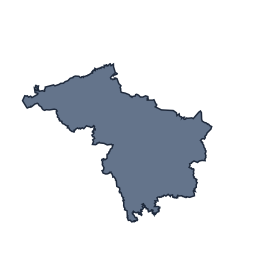 the district of Jilotlán de los Dolores, Jalisco, Mexico, rotated 226°
{"feature_id": "50627088B52890946668880", "entity_name": "Jilotlán de los Dolores", "entity_type": "district", "adm_level": 2, "iso_a3": "MEX", "parent_name": "Mexico", "parent_adm1": "Jalisco", "projection": "orthographic", "projection_center": [-102.935, 19.317], "detail": "fine", "context": "isolated", "style": "filled", "palette": "slate", "viewbox_px": 256, "rotation_deg": 226, "n_neighbors": 0, "source": "geoboundaries", "source_scale": "gbopen_adm2", "svg_char_len": 5686}
<svg xmlns="http://www.w3.org/2000/svg" viewBox="0 0 256 256"><g transform="rotate(226 128 128)"><path d="M64.8,66.0L63.7,65.6L64.0,65.2L61.3,64.1L60.1,65.5L57.8,65.5L57.0,67.1L57.6,67.6L56.3,67.3L56.1,68.2L56.6,68.4L56.1,68.9L55.7,68.2L55.9,69.8L55.1,70.4L55.3,71.1L57.6,72.1L58.2,71.1L58.9,71.0L61.1,71.7L63.0,71.6L63.5,71.9L63.1,72.1L63.4,72.9L64.2,73.4L64.4,74.0L62.2,74.4L61.1,75.3L60.4,76.9L59.7,76.9L59.8,76.4L58.7,75.9L56.9,77.0L55.1,77.0L56.4,77.1L56.4,77.9L57.1,77.7L57.6,78.3L59.0,77.7L58.4,80.1L59.9,79.9L60.3,80.8L59.3,81.7L59.7,83.6L61.5,83.7L61.6,85.2L62.3,85.6L63.2,85.3L62.8,86.5L60.7,85.8L60.5,86.2L59.9,86.1L59.8,85.1L59.1,85.0L57.9,85.7L57.2,85.0L56.2,86.1L54.5,85.1L53.9,85.3L53.9,84.7L53.5,84.5L52.4,87.0L52.8,88.0L51.7,88.8L51.2,88.6L51.0,87.4L50.1,87.3L50.1,86.5L49.6,86.3L49.2,86.7L47.6,86.5L48.7,87.4L48.2,88.2L47.3,87.4L46.9,87.6L47.3,90.3L46.5,92.2L47.2,93.1L47.4,92.6L48.7,93.3L48.4,95.4L49.0,95.8L49.4,95.3L50.5,95.2L53.1,92.5L53.6,94.5L55.4,94.8L54.9,96.3L56.8,96.8L54.7,98.9L57.7,100.5L57.4,101.7L56.7,102.7L56.2,102.6L56.0,103.3L55.3,103.6L55.0,104.5L55.3,105.0L54.4,105.8L54.8,106.7L54.4,107.4L52.7,108.0L52.4,110.8L49.4,111.0L49.9,112.0L48.9,113.5L47.2,112.2L46.5,112.5L46.4,113.1L45.6,112.9L44.7,114.1L44.1,114.0L43.4,115.3L44.7,115.8L44.9,117.1L44.0,117.0L41.9,119.7L41.0,119.6L39.9,120.6L39.2,120.5L38.2,121.6L37.8,121.4L37.5,121.8L37.8,122.5L35.3,124.2L33.1,128.7L34.7,130.0L37.3,131.2L37.4,131.5L35.7,132.3L38.1,133.1L37.6,133.9L38.2,134.5L37.9,135.9L39.8,137.6L40.7,139.9L41.6,139.7L43.2,140.8L42.8,141.1L43.1,141.7L46.5,140.8L46.8,141.7L47.9,141.7L49.1,142.5L49.5,143.7L51.1,144.6L51.6,145.8L52.5,146.1L52.6,146.7L53.4,146.6L54.1,145.5L54.7,145.4L55.2,145.8L55.5,145.3L57.2,144.6L57.8,146.5L59.4,147.5L58.6,149.2L58.9,149.9L58.4,152.5L54.9,154.1L54.7,156.4L53.2,158.8L50.9,160.8L52.2,161.7L52.8,163.7L53.8,164.2L53.9,164.8L56.3,165.9L56.3,166.7L57.3,168.2L58.5,168.2L59.6,169.1L61.2,169.2L63.1,170.5L65.1,170.8L65.5,171.5L66.4,171.6L66.8,171.1L67.3,171.6L68.7,171.5L68.7,173.9L67.9,174.9L67.0,175.2L67.3,176.8L68.6,177.5L68.6,179.6L69.5,181.4L69.6,186.8L70.9,189.2L72.8,188.5L74.7,188.6L75.7,188.2L75.6,187.9L77.7,187.7L78.6,186.9L81.4,186.2L83.1,187.0L88.1,191.5L89.9,191.9L90.2,189.9L89.4,181.4L90.9,181.0L93.5,177.7L94.5,177.1L94.9,176.5L94.4,175.9L94.6,175.1L95.3,174.4L96.0,174.6L96.7,175.9L97.7,174.2L97.7,173.6L98.0,174.1L99.1,174.1L99.6,173.6L100.8,173.4L102.6,174.6L102.9,171.8L105.3,173.4L109.1,172.7L117.8,164.6L124.3,162.3L124.3,164.1L125.1,165.0L125.9,164.7L130.3,166.3L130.9,165.1L134.7,161.2L135.8,162.3L135.1,162.8L136.8,164.1L138.9,163.0L140.0,160.1L141.7,158.4L144.3,158.4L146.2,157.7L146.7,156.7L146.0,155.5L147.5,153.1L147.3,152.2L148.7,152.3L148.9,151.7L151.3,151.9L155.0,150.2L158.4,147.9L160.6,149.1L161.0,149.9L162.5,150.3L163.3,152.3L166.3,152.2L171.0,154.3L171.6,154.3L172.1,153.5L172.7,153.5L172.3,152.6L172.5,152.2L173.2,152.4L172.9,151.8L173.3,150.7L174.2,150.7L175.2,149.8L175.9,150.1L176.5,150.5L176.6,153.8L176.3,153.4L175.7,153.6L176.0,154.3L175.4,155.3L175.8,155.7L175.2,155.7L174.4,157.4L174.7,158.0L176.8,157.4L182.1,160.1L184.1,161.9L184.6,159.1L186.5,159.8L186.8,159.1L186.7,156.7L187.1,156.3L188.3,156.6L188.6,156.2L188.1,155.4L189.6,154.4L188.1,152.8L189.7,152.0L190.3,151.0L189.8,150.0L190.7,149.7L190.6,148.7L191.6,148.0L191.5,146.6L193.8,145.6L192.3,144.5L193.2,144.3L192.9,143.8L193.6,143.3L193.6,142.3L192.9,141.9L193.4,141.0L192.3,140.5L193.0,139.7L193.4,136.6L193.9,136.3L193.8,135.1L194.5,134.4L194.9,132.9L195.9,132.0L195.5,131.2L196.3,131.2L197.0,130.2L196.7,129.6L197.5,128.7L199.3,128.6L202.0,126.1L202.8,124.1L202.4,123.5L203.9,121.0L203.8,117.5L205.0,115.0L205.1,112.6L207.0,110.4L207.1,109.0L209.1,104.7L210.7,104.4L214.9,96.9L214.0,96.1L213.6,94.5L212.5,93.9L212.5,93.3L214.3,92.4L216.1,89.6L218.9,90.8L220.4,92.8L221.2,91.7L222.6,91.4L222.5,90.6L221.7,89.6L219.9,90.2L217.8,89.1L218.2,88.2L221.4,88.2L218.0,85.8L215.5,87.2L215.0,86.3L216.6,80.0L218.5,80.1L219.2,78.0L221.2,77.9L221.6,77.0L222.9,76.2L220.9,71.1L212.7,69.3L212.1,69.7L211.9,71.0L210.9,72.1L211.0,72.9L210.6,72.7L210.3,73.2L209.9,77.7L208.8,79.9L208.1,80.2L205.9,79.7L203.1,80.3L201.7,79.7L199.9,79.7L198.5,80.4L198.1,81.8L195.6,84.0L192.8,88.0L191.0,89.1L189.4,88.8L189.6,87.8L188.0,86.6L185.8,86.2L185.0,84.9L182.6,85.1L182.0,84.2L181.3,84.5L180.7,83.8L178.7,85.0L177.9,84.2L176.4,84.1L175.1,84.8L172.3,85.3L171.1,86.2L170.2,84.5L169.2,85.4L167.0,84.8L164.3,85.3L163.7,86.0L162.6,86.3L162.6,86.8L163.8,87.7L163.2,88.8L163.5,89.4L163.1,91.7L161.6,92.1L161.4,93.3L160.4,93.1L159.9,95.3L158.2,95.7L158.4,99.7L156.6,100.5L155.7,101.4L154.4,101.5L153.5,102.7L153.5,105.0L152.4,105.0L151.5,103.4L150.2,103.8L149.5,103.2L150.6,102.4L150.2,101.4L150.3,100.3L149.9,99.6L149.4,99.8L149.3,100.5L148.8,99.8L148.0,99.9L147.7,97.9L148.0,97.1L146.2,96.6L145.4,97.3L143.7,96.8L144.0,94.4L142.4,94.0L140.9,91.0L138.5,93.1L138.1,94.4L138.6,95.3L137.8,96.2L137.7,97.3L136.8,97.4L133.6,100.1L130.3,101.3L127.8,104.7L127.4,104.5L126.3,105.5L124.6,102.3L125.0,100.8L123.8,98.3L124.0,97.4L123.3,97.0L123.1,95.9L123.6,94.6L120.8,91.9L121.0,89.8L121.7,89.5L121.8,88.5L122.8,89.1L123.5,87.4L123.0,86.6L121.6,86.4L120.4,85.0L119.9,85.0L119.5,84.0L116.2,83.2L114.9,81.4L115.0,80.8L114.7,80.5L115.3,79.7L112.9,78.8L110.4,80.0L109.2,81.5L108.6,83.2L108.9,84.0L108.1,85.0L107.7,84.5L106.5,84.7L104.2,83.8L103.2,83.0L102.7,84.0L100.0,83.6L99.1,82.8L98.3,83.0L93.8,79.4L90.8,80.3L89.5,79.4L88.3,77.4L87.4,77.9L87.1,77.2L86.0,78.0L83.1,76.2L81.1,76.3L81.2,75.8L80.0,75.0L78.7,75.1L78.6,74.4L79.1,73.8L77.4,73.3L75.2,71.0L73.6,70.1L72.5,70.1L71.6,68.8L69.1,69.8L65.2,66.4L64.9,66.6L64.8,66.0Z" fill="#64748b" stroke="#1e293b" stroke-width="1.5"/></g></svg>